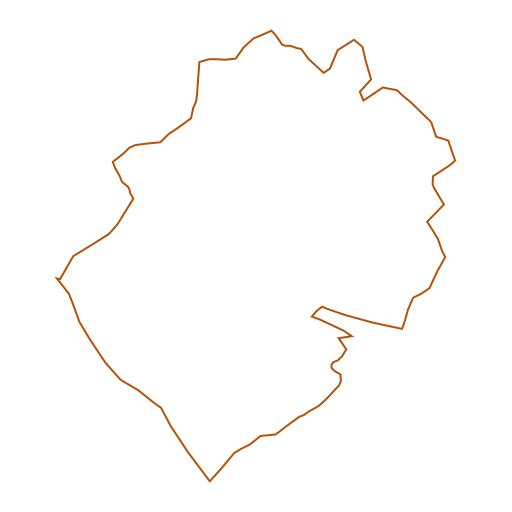 outline of Kifri, Diyala, Iraq
{"feature_id": "34846034B3098543652793", "entity_name": "Kifri", "entity_type": "district", "adm_level": 2, "iso_a3": "IRQ", "parent_name": "Iraq", "parent_adm1": "Diyala", "projection": "robinson", "projection_center": [44.994, 34.558], "detail": "fine", "context": "isolated", "style": "outline", "palette": "amber", "viewbox_px": 512, "rotation_deg": 0, "n_neighbors": 0, "source": "geoboundaries", "source_scale": "gbopen_adm2", "svg_char_len": 1734}
<svg xmlns="http://www.w3.org/2000/svg" viewBox="0 0 512 512"><path d="M209.8,481.3L221.5,468.3L234.3,452.9L241.4,448.7L250.0,444.4L260.6,435.9L269.9,435.1L275.5,434.5L278.7,432.2L286.1,426.4L299.3,416.8L304.2,414.9L308.3,411.8L318.6,406.0L325.1,400.2L332.8,392.1L339.2,385.2L340.8,381.3L340.5,374.4L335.0,371.3L332.5,369.0L331.5,367.5L331.5,364.8L333.4,362.1L337.6,360.5L342.1,356.3L346.3,349.3L338.6,338.2L351.8,336.2L343.4,330.5L319.3,319.3L311.9,316.6L316.4,311.2L322.2,306.6L327.3,308.9L345.0,315.0L373.0,322.7L401.6,328.8L401.9,328.9L402.3,328.0L404.2,323.1L408.0,309.6L412.9,298.3L413.2,297.7L413.6,297.5L421.2,293.8L429.1,288.4L429.6,288.0L429.8,287.5L432.5,281.5L437.6,270.7L444.7,258.1L445.3,257.0L442.1,251.1L438.0,239.1L433.5,231.6L427.2,221.8L443.9,204.5L433.9,187.7L432.6,184.4L433.0,176.3L450.2,165.0L455.1,160.6L448.3,140.6L445.2,139.5L436.2,136.8L431.2,122.2L411.3,102.7L402.7,95.6L396.9,90.2L382.9,87.5L363.5,100.5L359.8,91.8L371.1,79.4L365.7,61.0L362.5,46.9L354.0,39.8L337.7,50.1L330.0,68.5L323.7,72.9L308.4,58.8L301.2,49.0L296.6,48.0L290.3,45.8L285.4,45.8L282.2,44.7L275.9,35.5L271.5,30.7L262.7,34.6L253.4,38.5L243.6,47.5L235.7,58.6L225.5,59.7L215.7,59.2L209.2,59.2L199.4,62.0L198.0,80.4L197.1,93.8L196.1,101.6L194.1,106.1L193.3,107.7L191.0,118.3L178.0,127.8L168.7,134.0L160.3,142.3L147.7,143.5L135.2,145.1L129.1,147.9L123.5,153.5L112.8,161.9L115.1,168.0L119.3,175.3L122.1,182.0L128.2,187.0L129.6,189.8L130.0,192.6L133.3,198.7L128.1,207.1L117.4,224.4L109.0,233.9L92.3,244.5L73.2,256.2L60.1,279.1L56.9,278.5L68.9,293.7L72.9,303.9L79.4,321.9L89.9,339.4L105.5,362.8L120.5,379.7L138.6,390.5L142.8,393.9L153.6,402.5L161.1,407.9L170.7,426.0L187.7,451.8L209.8,481.3Z" fill="none" stroke="#b45309" stroke-width="2"/></svg>